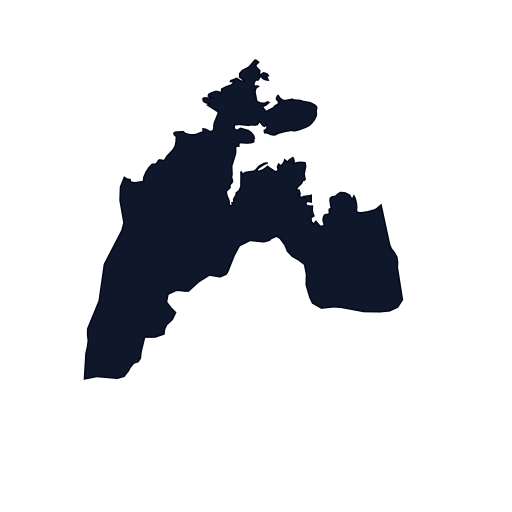 the Province of Izmir, rotated 113°
{"feature_id": "TUR-2230", "entity_name": "Izmir", "entity_type": "Province", "adm_level": 1, "iso_a3": "TUR", "parent_name": "Turkey", "parent_adm1": "", "projection": "natural_earth1", "projection_center": [26.887, 38.676], "detail": "fine", "context": "isolated", "style": "filled", "palette": "ink", "viewbox_px": 512, "rotation_deg": 113, "n_neighbors": 0, "source": "natural_earth", "source_scale": "10m", "svg_char_len": 5351}
<svg xmlns="http://www.w3.org/2000/svg" viewBox="0 0 512 512"><g transform="rotate(113 256 256)"><path d="M235.0,407.9L235.2,406.9L235.5,405.3L235.4,403.7L234.8,402.0L237.0,400.0L235.7,395.7L231.4,388.7L227.6,390.0L221.9,390.0L216.3,389.0L212.4,387.5L211.6,386.4L211.1,385.0L210.2,383.9L208.6,383.4L207.4,383.3L206.2,383.1L205.3,382.5L204.9,381.5L204.4,378.5L203.1,377.5L198.6,376.8L190.6,373.8L186.5,373.3L181.7,374.3L178.9,375.4L177.9,375.5L177.1,376.1L176.7,377.5L176.1,378.9L174.8,379.6L173.5,378.6L170.0,371.7L170.8,369.2L170.6,366.4L169.9,363.5L168.9,361.0L167.3,358.4L163.9,355.0L162.5,353.1L159.7,354.5L159.0,352.1L159.4,346.4L157.3,344.5L154.9,344.7L152.2,345.8L149.3,346.4L139.6,346.5L138.1,347.1L136.0,359.6L135.3,359.0L135.2,358.9L134.9,358.4L133.9,358.4L134.4,361.1L134.4,363.6L133.6,365.4L131.7,366.3L130.7,365.5L128.9,360.7L127.5,358.4L127.4,362.4L125.8,362.7L123.7,361.2L120.7,357.9L119.7,356.3L119.4,354.4L120.0,351.7L115.7,352.8L111.9,349.6L108.1,345.4L104.3,343.8L105.0,346.8L105.3,347.7L104.3,347.7L103.4,346.5L100.0,343.2L100.3,341.2L100.7,339.5L100.8,337.8L100.0,335.9L99.0,335.9L97.7,341.0L94.4,342.3L90.5,341.0L85.5,336.8L84.0,336.0L76.0,333.5L75.8,332.3L76.6,329.3L80.8,331.0L82.5,328.4L83.9,324.9L87.3,324.0L87.3,322.6L84.4,320.6L84.0,317.1L85.2,315.0L87.3,317.3L87.6,315.5L88.0,314.7L88.6,314.3L89.4,313.5L90.0,315.8L90.1,317.9L89.7,319.7L88.3,321.4L89.1,322.0L89.9,322.3L90.9,322.5L92.1,322.6L93.3,322.9L93.6,323.7L93.8,324.6L94.8,325.2L97.0,325.4L99.3,324.9L100.3,323.6L99.0,321.4L99.0,320.1L101.4,321.6L102.4,321.6L104.3,321.4L106.1,320.6L110.0,317.9L111.2,317.3L113.3,315.6L113.5,311.7L112.1,307.7L109.6,305.6L109.6,304.1L113.5,306.0L115.4,308.0L116.8,307.8L119.1,302.8L116.9,301.5L113.1,298.1L110.0,297.0L107.9,295.1L106.4,294.9L105.0,295.7L103.8,298.3L102.8,298.9L99.8,298.7L99.8,297.9L101.2,295.9L102.2,292.3L101.6,290.0L97.0,283.1L97.9,284.4L97.5,282.0L95.6,276.2L95.4,275.1L95.5,273.8L93.8,266.5L93.8,263.8L94.1,260.9L94.9,258.7L96.4,257.8L98.8,257.4L102.2,255.7L103.9,255.3L108.0,255.6L111.8,256.6L115.2,258.2L118.0,260.5L123.2,266.0L125.8,269.6L126.5,272.5L130.1,278.1L134.0,283.1L135.3,284.4L136.4,285.1L137.3,286.2L138.1,288.3L138.4,290.5L138.3,292.4L138.4,294.2L139.2,296.1L138.2,296.9L137.7,297.2L137.1,297.4L135.8,296.3L134.2,296.0L132.4,296.4L130.7,297.4L133.4,298.8L133.3,300.5L132.0,302.8L130.7,305.6L134.4,306.0L136.0,308.2L136.9,311.1L138.7,314.1L141.4,322.9L143.8,327.1L147.2,325.9L148.0,323.5L147.0,321.8L144.5,320.1L143.5,312.0L144.3,308.7L146.0,305.4L148.4,303.4L151.0,304.1L151.0,302.8L151.9,302.8L153.7,304.8L155.5,308.3L158.3,316.1L159.0,315.7L160.8,315.1L161.5,314.7L162.7,317.2L165.0,316.9L167.7,315.5L170.5,314.7L182.7,313.5L190.3,309.9L192.8,309.4L193.5,309.0L195.5,307.3L196.4,306.8L198.0,306.8L199.5,307.4L200.9,307.7L202.8,306.8L203.0,307.5L203.8,306.8L208.1,308.7L211.7,306.5L215.3,302.7L219.8,300.2L219.8,298.9L218.3,297.7L217.6,297.9L216.5,298.9L215.4,297.4L212.5,298.8L207.3,298.2L205.9,298.9L202.0,297.0L197.8,297.1L188.1,301.1L184.9,302.6L184.4,302.5L185.9,300.2L183.2,298.4L178.6,290.9L176.5,289.7L172.6,288.5L171.1,287.5L167.6,284.8L165.7,281.6L168.0,283.9L170.7,285.9L174.9,288.5L177.3,288.3L177.3,287.0L175.5,284.8L173.5,283.0L171.4,281.6L168.9,280.4L169.6,278.2L170.4,273.4L171.0,271.1L168.8,269.0L167.3,269.7L165.6,271.1L162.5,271.1L163.2,269.1L163.6,268.4L160.3,267.2L158.4,266.9L156.2,267.2L156.5,266.3L156.9,264.1L157.2,263.2L155.2,263.2L153.7,262.4L151.0,260.5L152.1,259.2L153.2,258.3L154.6,257.8L156.2,257.8L153.2,253.3L152.0,250.8L151.0,247.3L153.8,245.4L161.8,243.7L166.3,240.7L167.1,241.0L167.7,241.7L167.9,242.0L168.2,242.2L169.9,242.5L171.4,242.5L175.0,244.1L177.1,244.8L179.5,244.7L178.5,242.0L180.0,241.0L181.3,239.8L182.5,239.4L183.8,240.7L184.2,239.2L184.3,237.8L184.1,236.1L183.8,234.1L182.7,235.6L179.6,230.2L178.5,228.9L184.7,226.2L185.7,230.4L188.3,230.9L189.9,228.4L188.0,223.5L190.5,222.7L192.9,221.5L195.0,219.9L196.4,218.3L199.5,220.4L202.8,218.4L204.0,215.3L200.7,214.4L203.3,209.2L203.3,207.1L200.7,205.1L198.1,207.4L196.3,208.5L194.5,209.0L191.7,209.0L190.9,208.4L189.3,205.7L188.5,205.1L186.6,205.7L185.3,206.6L184.2,206.8L182.7,205.1L181.0,206.6L175.7,209.7L173.7,210.2L172.1,209.4L169.7,205.9L167.4,205.1L164.5,203.1L163.1,198.7L163.4,193.8L165.8,190.6L165.8,189.3L165.0,189.4L162.5,189.3L164.5,187.0L168.0,184.4L171.8,182.3L174.8,181.4L176.3,179.7L175.1,176.0L171.5,170.2L167.2,164.8L165.0,163.2L160.2,160.8L193.3,137.5L196.4,134.4L198.9,129.9L202.0,125.9L206.3,123.3L211.2,121.5L239.1,104.1L247.8,105.7L254.4,111.7L259.0,120.3L265.0,135.0L270.1,158.2L272.6,165.0L278.4,175.4L277.2,185.6L273.0,190.3L263.0,198.5L253.3,202.3L244.8,208.0L243.0,215.0L242.1,222.5L239.3,228.9L234.6,233.6L230.4,240.6L229.6,244.6L233.9,248.8L236.3,249.8L239.9,254.3L244.0,267.6L253.1,275.3L264.0,276.3L281.3,275.9L284.5,276.4L289.2,280.9L291.8,291.5L302.6,299.0L314.6,304.4L315.9,307.2L317.7,313.3L319.0,316.2L325.6,322.1L333.4,320.4L337.0,314.0L339.5,307.9L346.9,308.2L354.3,311.4L359.1,311.6L363.7,310.2L370.0,317.1L374.2,326.8L389.4,324.3L395.3,322.5L399.3,323.2L402.4,326.8L407.8,328.3L411.4,328.6L418.3,330.4L422.7,335.8L429.2,355.6L436.2,365.9L411.9,374.5L405.6,375.6L399.5,377.3L394.2,380.3L388.6,382.5L358.7,382.8L322.9,392.3L284.7,389.4L276.9,390.6L257.9,402.9L245.4,407.7L235.3,407.9L235.0,407.9Z" fill="#0f172a" stroke="#020617" stroke-width="1.5"/></g></svg>